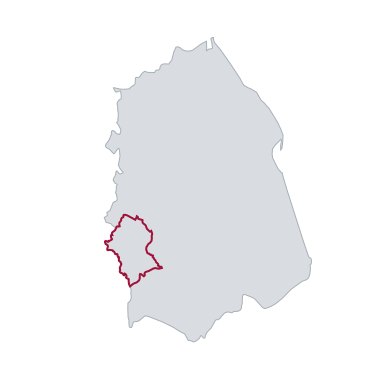 location of Lesser Poland within Poland, rotated 70°
{"feature_id": "POL-3170", "entity_name": "Lesser Poland", "entity_type": "Voivodeship", "adm_level": 1, "iso_a3": "POL", "parent_name": "Poland", "parent_adm1": "", "projection": "robinson", "projection_center": [20.414, 49.829], "detail": "fine", "context": "in_parent", "style": "outline", "palette": "rose", "viewbox_px": 384, "rotation_deg": 70, "n_neighbors": 0, "source": "natural_earth", "source_scale": "10m", "svg_char_len": 6671}
<svg xmlns="http://www.w3.org/2000/svg" viewBox="0 0 384 384"><g transform="rotate(70 192 192)"><path d="M318.8,206.5L320.3,208.9L321.0,210.9L320.4,212.4L320.6,213.9L326.4,220.5L328.7,225.4L330.1,227.2L333.3,229.7L333.6,230.7L332.3,231.6L330.5,232.0L330.0,232.8L332.0,235.1L333.4,238.9L333.4,242.0L332.3,242.8L331.0,244.6L330.1,246.3L322.6,247.5L320.9,249.3L316.8,252.8L314.0,254.8L309.9,258.5L303.5,264.8L294.1,275.5L292.4,278.0L292.8,280.0L294.6,284.8L295.0,287.0L294.7,288.9L294.1,290.7L294.2,291.5L298.4,294.8L298.5,295.5L298.2,296.4L297.3,297.0L294.2,296.3L290.6,295.0L289.4,295.1L287.5,294.8L279.6,292.2L274.3,290.1L273.8,288.8L272.8,286.8L270.5,285.2L265.4,283.8L263.3,282.7L254.9,282.0L251.2,282.0L248.7,282.5L247.0,282.4L244.8,285.3L243.2,286.1L240.9,286.2L238.9,285.7L236.9,284.2L233.6,283.4L231.3,283.8L229.5,283.5L228.0,283.4L227.5,283.7L226.3,283.6L224.5,284.4L222.6,285.4L220.5,286.2L218.9,287.8L217.4,291.1L213.3,289.7L212.0,290.3L210.0,290.7L208.7,290.3L209.0,289.2L209.6,287.9L209.6,286.1L209.2,284.1L208.0,283.5L206.1,283.2L205.1,282.9L205.0,282.2L204.0,281.4L202.3,279.3L200.7,276.6L199.6,275.8L198.0,277.1L195.6,278.5L194.1,279.0L191.1,283.1L185.9,283.2L185.6,281.3L185.1,279.5L182.0,279.0L181.9,278.0L181.3,275.3L175.2,270.0L174.5,267.8L174.7,266.9L174.3,265.5L173.0,264.7L168.2,263.7L166.9,264.2L165.8,263.6L164.0,262.4L161.0,261.3L160.7,260.8L159.6,259.9L159.0,259.8L158.6,260.3L157.7,261.1L154.5,262.1L153.3,261.7L152.1,260.8L150.9,259.0L149.0,257.4L147.5,256.9L146.6,256.1L146.4,255.4L149.9,254.1L150.6,252.8L150.2,250.3L149.7,250.0L148.3,250.8L145.5,251.6L142.8,251.9L141.4,251.9L133.9,247.5L129.0,246.1L126.2,245.7L125.8,246.2L127.1,248.7L129.3,251.7L129.2,252.6L124.9,254.4L123.0,255.4L121.5,256.9L120.1,257.6L119.0,257.4L117.8,256.7L114.7,252.1L110.9,248.7L110.4,247.9L109.2,247.7L107.5,246.9L106.9,245.8L107.8,244.7L109.0,243.7L111.2,243.1L111.8,242.5L112.2,241.6L113.1,240.4L112.9,240.0L111.4,238.7L109.2,237.5L103.0,238.4L101.2,239.1L100.3,238.2L99.6,237.0L98.1,236.7L95.9,235.6L93.4,234.5L91.0,234.1L85.8,232.5L83.9,232.4L82.7,231.9L81.6,230.6L80.6,229.3L80.1,226.6L76.4,225.3L72.6,224.6L72.3,225.0L72.4,227.7L72.2,229.2L69.6,230.1L67.2,230.2L67.3,229.7L70.4,224.8L71.9,221.7L73.6,216.0L71.9,211.5L71.5,209.4L70.7,208.4L65.6,206.2L65.2,205.5L66.1,202.5L65.7,201.3L64.5,200.0L63.0,197.4L62.4,195.1L64.6,192.5L66.2,188.0L67.0,186.2L65.7,185.1L65.4,183.7L65.9,181.6L65.2,180.1L63.4,179.1L62.3,177.8L61.8,176.2L62.3,173.6L63.8,170.1L61.0,165.9L53.8,160.9L50.4,157.5L50.8,155.5L52.4,153.8L55.3,152.2L57.5,149.3L58.8,146.0L59.0,142.9L56.1,133.1L55.7,130.6L55.2,126.9L61.6,128.9L64.2,130.1L63.9,128.8L63.4,127.7L63.9,126.0L63.8,123.5L58.0,122.2L54.2,121.8L53.8,120.0L54.2,118.9L55.3,119.6L59.0,119.8L68.4,116.5L84.6,112.1L101.8,108.0L105.8,107.5L109.8,106.7L111.3,105.1L112.8,104.1L115.2,101.4L120.4,97.2L129.5,95.7L133.0,93.7L140.1,90.9L156.3,87.7L163.1,87.1L169.7,87.0L175.5,89.4L181.7,92.5L182.8,94.3L179.5,93.2L174.6,90.5L172.8,90.3L176.9,98.7L179.1,101.6L183.8,103.8L187.7,104.6L199.7,103.2L204.0,101.5L205.2,100.6L206.3,101.0L222.0,102.0L276.7,104.2L292.4,104.5L293.4,104.3L295.0,102.9L296.9,103.1L299.2,104.0L300.3,104.6L300.8,105.3L301.1,106.2L302.4,106.4L304.7,107.0L307.8,108.5L310.3,109.9L312.7,112.0L313.5,114.3L313.6,116.9L313.5,118.6L317.1,131.6L322.7,143.4L324.8,149.1L325.7,152.1L326.4,156.5L326.6,159.6L326.6,161.4L326.3,163.8L324.7,165.2L314.5,169.3L312.6,170.5L309.6,173.7L306.8,176.9L306.2,178.1L306.0,178.8L306.7,179.9L310.4,181.6L314.1,183.0L315.4,184.1L318.1,185.4L319.2,186.6L319.7,187.7L319.7,190.1L318.6,193.4L319.1,196.0L317.9,197.7L316.9,199.5L316.8,202.8L318.8,206.5Z" fill="#d9dde1" stroke="#a8b0b8" stroke-width="1"/><path d="M207.3,283.6L206.6,283.5L205.0,283.0L205.0,282.6L205.0,282.0L205.1,281.8L205.2,281.6L204.1,281.6L203.4,281.4L203.0,281.1L202.8,280.9L202.3,279.7L201.8,277.8L201.5,277.1L200.8,276.7L200.6,276.5L200.1,275.8L199.9,275.7L199.7,275.3L199.0,274.9L198.7,274.3L198.9,273.5L199.4,272.7L199.5,271.7L197.6,271.4L196.5,271.0L195.6,270.3L195.1,269.2L194.5,268.3L193.1,267.8L192.2,266.6L192.2,265.3L191.5,264.7L190.8,264.6L190.2,264.0L190.5,262.8L191.2,261.7L191.8,260.9L198.7,254.8L197.4,253.3L195.9,252.1L196.8,251.5L198.7,251.7L199.9,250.3L200.7,249.0L201.5,248.1L203.1,248.8L203.9,248.8L204.6,248.7L207.1,247.1L208.7,246.9L210.3,247.0L211.2,246.9L214.9,245.1L214.8,244.4L214.6,243.6L217.3,243.6L218.5,244.1L219.4,244.9L221.8,245.6L224.0,246.7L225.4,248.8L225.8,250.5L226.3,251.3L227.6,252.8L228.2,253.7L230.3,254.7L234.1,254.8L235.0,254.1L235.1,253.7L235.4,253.2L236.4,252.9L236.8,252.6L236.8,252.4L236.9,252.0L237.0,251.8L237.1,251.7L237.3,251.7L238.0,251.2L238.2,250.6L238.4,250.4L239.5,251.2L240.0,251.0L240.4,250.7L240.8,250.5L241.2,250.7L241.6,250.5L242.4,250.5L242.7,250.3L242.9,250.0L243.2,249.9L243.5,249.8L245.6,249.7L246.0,249.6L246.4,249.4L246.6,249.2L246.9,249.0L248.1,248.5L248.4,248.5L248.8,248.6L249.1,248.9L249.3,249.1L249.8,249.0L249.8,248.9L250.3,248.4L250.5,248.2L250.8,248.2L250.8,247.9L251.0,247.7L251.3,247.5L251.7,247.3L251.8,246.8L252.1,247.0L252.3,247.0L252.6,246.8L252.6,246.7L252.6,246.3L253.1,246.3L252.8,249.3L251.9,251.0L250.9,252.5L250.7,254.5L251.5,260.0L251.3,261.6L251.3,263.0L251.5,263.4L251.7,263.9L252.4,264.5L253.2,264.6L254.3,265.0L254.7,266.1L251.8,267.9L251.3,268.8L252.2,269.5L255.3,270.6L257.0,272.1L258.0,274.7L258.1,276.0L258.0,277.2L258.5,279.9L259.6,282.4L259.6,282.5L259.1,282.6L258.7,282.5L257.6,282.7L257.1,282.7L254.3,282.1L252.7,281.4L252.3,281.3L251.8,281.6L250.9,282.7L250.4,283.1L249.7,283.2L249.3,282.9L248.9,282.5L248.4,282.2L247.9,282.2L246.7,282.4L246.3,282.6L245.7,283.1L246.1,283.5L246.7,283.8L247.1,284.3L246.8,284.7L246.3,284.8L245.7,284.8L245.2,284.9L244.6,285.3L243.7,286.5L243.1,286.9L242.4,287.1L241.9,287.0L241.4,286.8L240.9,286.4L240.4,286.0L239.9,286.0L239.4,286.0L238.8,285.9L238.3,285.6L235.7,283.1L235.3,283.0L234.2,283.2L233.6,283.1L233.3,283.1L233.0,283.2L232.6,283.7L232.2,284.0L231.5,284.2L230.9,284.0L228.5,283.0L228.0,283.1L228.0,283.7L226.5,283.8L225.3,283.4L225.0,283.4L224.7,283.6L224.6,283.8L224.5,284.2L224.4,284.7L224.2,285.2L224.0,285.4L221.8,285.5L221.3,285.7L220.7,286.3L220.4,286.6L219.8,286.5L219.7,286.5L219.0,287.7L218.8,288.1L218.6,288.5L218.3,288.9L218.1,290.1L217.8,291.1L217.2,291.4L216.3,291.0L214.8,289.9L214.0,289.5L213.0,289.6L212.5,289.9L211.9,290.4L211.5,290.8L210.9,291.0L209.6,290.9L208.8,290.7L208.5,290.2L208.6,289.7L209.7,288.3L209.8,288.2L210.0,288.1L210.2,287.8L210.2,287.7L209.9,287.5L209.9,287.4L209.5,287.1L209.4,287.0L209.4,286.9L209.6,286.6L209.7,286.4L209.5,284.7L209.4,284.1L209.1,283.4L208.8,283.2L207.9,283.5L207.3,283.6Z" fill="none" stroke="#9f1239" stroke-width="2"/></g></svg>